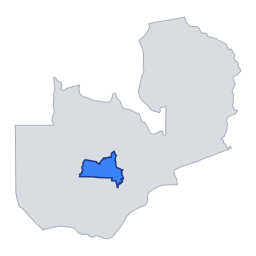 Mumbwa, Central, Zambia (highlighted)
{"feature_id": "96606910B37920738728221", "entity_name": "Mumbwa", "entity_type": "district", "adm_level": 2, "iso_a3": "ZMB", "parent_name": "Zambia", "parent_adm1": "Central", "projection": "natural_earth1", "projection_center": [26.865, -14.958], "detail": "fine", "context": "in_parent", "style": "filled", "palette": "blue", "viewbox_px": 256, "rotation_deg": 0, "n_neighbors": 0, "source": "geoboundaries", "source_scale": "gbopen_adm2", "svg_char_len": 7181}
<svg xmlns="http://www.w3.org/2000/svg" viewBox="0 0 256 256"><path d="M177.2,184.8L164.4,184.8L159.7,186.0L155.9,187.8L151.3,190.6L148.7,192.5L148.0,193.6L147.6,196.0L147.6,199.7L147.1,202.3L145.7,204.8L138.8,207.7L134.3,210.1L129.9,213.0L126.5,216.7L124.2,221.2L120.4,226.9L112.4,236.9L107.8,238.8L103.9,238.4L99.3,236.3L95.6,235.9L92.8,237.2L90.3,236.8L88.0,234.7L86.0,233.9L84.4,234.5L82.4,234.4L78.7,233.2L75.5,229.6L73.8,228.1L72.5,227.6L68.7,227.0L59.9,226.2L50.8,227.9L42.8,229.8L34.6,221.8L26.7,213.3L25.1,211.2L22.1,208.3L20.0,206.9L19.1,206.2L17.0,198.7L15.8,191.8L15.4,125.3L51.3,125.3L53.6,125.0L53.7,124.3L52.0,120.7L52.1,119.5L52.5,117.1L54.1,112.3L54.2,110.7L53.4,105.4L53.5,102.5L53.9,96.6L53.6,94.6L54.5,91.9L54.7,90.2L55.1,89.4L54.7,87.4L53.9,80.3L53.5,77.4L55.7,77.8L56.4,79.3L56.8,80.9L57.8,81.0L60.3,81.9L61.2,83.2L61.8,86.0L61.5,87.5L60.6,88.6L61.5,89.7L63.2,90.3L64.2,90.1L67.1,88.2L69.7,87.5L71.1,87.0L77.0,85.7L78.2,85.1L79.0,85.1L79.6,85.6L79.1,87.6L78.9,89.4L79.7,92.7L80.2,94.3L81.4,95.4L82.3,96.0L83.3,97.2L85.4,97.0L90.0,98.7L91.3,99.5L93.3,100.3L94.6,100.6L99.3,101.2L104.3,102.1L106.8,102.2L108.6,102.0L109.9,101.5L110.7,101.0L111.1,100.5L112.9,94.1L113.9,93.6L115.1,93.3L115.8,93.9L116.6,97.9L120.2,101.5L121.4,104.6L122.3,107.2L123.1,107.9L124.4,108.8L126.6,109.1L128.6,109.2L138.2,113.6L139.3,114.4L140.4,116.8L141.1,119.5L141.9,121.6L143.1,122.0L144.2,122.1L145.3,123.6L146.2,124.9L149.0,130.1L149.4,132.2L150.8,133.6L152.7,134.2L154.4,134.2L155.4,133.6L157.9,132.5L159.8,131.3L161.2,130.9L162.0,131.1L162.7,132.0L163.1,134.6L164.4,135.5L165.4,135.1L165.8,134.1L165.8,133.6L165.9,106.3L165.0,106.5L163.9,107.2L161.4,107.3L160.4,107.9L160.1,108.8L160.2,109.9L160.3,111.5L159.9,112.2L158.8,112.5L157.2,111.9L154.3,111.1L151.8,110.6L150.1,108.6L147.7,105.5L146.1,103.9L142.4,100.7L141.8,100.1L140.6,98.5L139.6,96.0L138.7,93.0L138.2,91.1L139.1,88.2L141.3,78.8L141.8,75.8L143.7,72.8L143.8,70.2L143.1,66.7L143.3,64.8L143.5,54.0L143.0,50.6L141.8,46.8L139.1,41.5L139.1,40.4L143.3,36.9L144.5,35.7L146.7,32.9L148.2,30.5L149.1,28.6L149.5,26.1L148.8,23.8L150.2,23.3L184.6,17.2L185.1,18.8L186.1,21.5L187.3,23.5L188.8,25.2L190.0,26.3L190.9,26.6L196.2,26.5L198.1,27.5L199.7,28.9L200.1,31.0L201.2,32.2L202.4,33.3L202.9,33.4L203.8,33.1L205.2,33.1L206.5,33.6L207.1,34.0L207.2,35.8L207.6,36.5L209.4,36.8L211.2,37.0L213.0,38.1L214.9,38.4L217.1,38.8L218.1,40.1L220.4,41.4L223.3,42.6L226.4,44.5L226.5,45.1L227.0,46.2L227.6,47.0L227.6,48.2L227.9,49.3L228.7,49.6L229.4,49.7L230.0,48.9L230.8,48.9L231.8,49.4L232.1,50.7L232.8,52.4L234.0,53.6L234.7,54.7L234.4,56.8L233.9,58.7L235.5,60.5L237.6,62.3L238.1,63.1L238.3,65.7L238.6,66.6L240.0,68.8L240.6,70.2L240.6,71.1L236.8,75.4L234.5,76.1L233.5,77.0L232.9,77.9L234.3,82.2L235.1,83.8L234.5,85.9L232.9,89.4L232.3,89.7L232.1,92.3L232.6,93.3L233.3,94.0L233.6,95.8L233.5,100.3L232.5,105.3L234.2,109.7L234.8,110.2L237.1,110.2L237.5,110.6L236.9,111.8L235.3,113.8L232.3,115.3L228.0,116.9L227.1,118.5L226.5,120.9L227.0,122.2L227.6,123.0L227.4,125.0L227.0,127.2L227.1,128.8L226.9,130.3L226.3,131.1L225.6,133.3L224.6,135.5L223.9,136.6L222.8,137.6L221.1,138.5L221.2,139.0L223.1,140.0L223.6,140.8L223.7,141.2L222.9,142.4L223.8,143.1L224.9,143.7L225.9,145.2L227.0,148.0L227.2,148.3L227.6,148.3L228.2,148.0L229.4,146.8L230.3,146.4L231.3,148.1L213.4,155.0L209.2,156.5L202.9,158.9L200.9,159.8L199.2,160.8L182.6,166.2L180.0,167.3L174.1,170.1L173.9,170.5L173.9,171.8L174.5,174.4L175.5,176.8L176.3,178.2L176.9,181.7L177.2,184.8Z" fill="#d9dde1" stroke="#a8b0b8" stroke-width="1"/><path d="M115.0,160.7L115.7,156.2L115.8,156.2L116.0,156.0L116.0,155.7L116.3,155.4L115.8,154.9L115.7,154.8L115.4,154.6L115.3,154.3L115.2,153.9L115.2,153.7L114.9,153.2L114.7,153.1L114.6,152.8L114.5,152.6L114.4,152.5L114.4,152.3L114.3,152.2L114.2,151.9L114.1,151.7L114.1,151.4L111.4,153.3L111.4,157.3L111.2,157.2L110.9,157.2L110.6,157.2L110.5,157.3L110.3,157.3L110.1,157.3L109.9,157.2L109.7,157.2L109.4,157.1L109.2,157.3L108.8,157.3L108.7,157.3L108.4,157.2L108.2,157.4L108.1,157.5L107.8,157.5L107.7,157.6L107.4,157.6L107.3,157.9L107.1,158.1L106.8,158.0L106.6,158.0L106.3,158.2L106.2,158.3L106.1,158.2L106.0,157.9L105.7,157.9L105.3,157.9L105.2,157.9L104.9,158.0L104.7,158.4L104.7,158.5L104.6,158.4L104.4,158.2L104.2,158.1L103.9,158.0L103.7,158.2L103.5,158.3L103.4,158.3L103.3,158.6L103.2,158.6L102.9,158.7L102.9,158.8L102.8,159.0L102.7,159.1L102.7,159.3L102.7,159.5L102.8,159.6L102.6,159.9L102.5,160.0L102.2,160.0L101.8,160.2L101.6,160.3L101.5,160.5L101.3,160.5L101.2,160.7L101.2,160.8L101.0,161.0L100.9,161.1L100.9,161.3L100.8,161.5L100.7,161.6L100.6,161.9L100.5,162.1L100.4,162.2L100.3,162.3L100.1,162.4L100.0,162.5L100.0,162.9L100.0,163.1L100.2,163.3L100.2,163.6L99.9,163.8L99.7,163.9L99.4,163.9L99.3,164.2L99.2,164.3L99.1,164.2L98.9,164.1L98.8,163.9L98.8,163.6L98.7,163.5L98.5,163.4L98.3,163.4L98.2,163.3L98.1,163.2L97.8,163.2L97.7,163.2L97.5,162.9L97.3,162.9L97.1,162.7L96.8,162.7L96.5,162.6L96.4,162.6L96.3,162.4L96.3,162.2L96.4,161.9L96.5,161.8L96.4,161.7L87.5,160.2L85.1,159.8L84.9,160.0L84.7,160.6L84.5,160.8L84.4,160.9L84.2,160.8L84.1,161.0L83.9,161.2L83.9,161.3L83.9,161.5L83.7,161.7L83.7,161.8L83.6,162.0L83.4,162.2L83.2,162.9L83.0,163.1L82.8,163.4L82.8,163.5L83.0,163.8L83.2,164.1L83.1,164.4L83.1,164.6L83.1,165.1L83.1,165.3L83.0,165.6L82.8,165.7L82.7,165.7L82.6,165.8L82.4,166.0L82.2,166.4L82.3,166.6L82.2,166.8L82.2,167.0L81.9,167.4L81.9,167.7L81.9,167.8L81.9,168.1L82.1,168.4L82.3,168.9L82.5,169.1L82.6,169.4L82.5,169.5L82.6,169.8L82.5,170.1L82.5,170.3L82.6,170.6L82.6,171.1L82.3,171.5L82.2,171.6L82.1,171.9L81.9,172.0L81.7,172.1L81.8,172.4L81.8,173.1L81.7,173.4L81.6,173.5L81.2,173.4L80.3,173.9L80.1,174.0L79.8,174.3L79.8,174.5L79.7,174.6L79.7,174.9L79.9,175.1L80.0,175.2L80.1,175.6L80.0,176.2L79.7,176.6L79.9,176.7L83.2,176.7L85.3,176.8L88.1,176.8L92.9,176.8L99.5,177.6L100.3,177.6L107.1,177.8L108.7,177.7L110.9,178.1L112.2,178.0L111.6,180.7L115.8,180.9L117.3,186.6L117.4,186.8L117.5,186.7L117.4,186.8L117.5,186.8L117.4,186.9L117.4,187.0L117.5,187.0L117.6,186.9L117.6,187.0L117.8,187.2L117.8,186.8L117.8,185.0L117.9,184.9L118.1,184.7L118.4,184.9L118.5,184.7L118.6,184.4L118.8,184.0L119.1,184.2L119.1,184.3L119.2,184.2L119.3,184.1L119.3,183.8L119.3,183.6L119.5,183.5L119.6,183.4L119.6,183.2L119.6,182.9L119.8,182.8L119.9,183.2L119.9,183.3L120.0,183.3L120.3,183.2L120.4,183.4L120.5,183.5L120.7,183.2L120.9,183.1L120.7,183.0L120.7,182.9L120.8,182.8L121.0,182.9L121.3,182.9L121.4,182.7L121.5,182.5L121.6,182.4L121.9,182.3L121.9,182.2L121.9,181.9L121.7,181.8L121.7,181.7L121.8,181.6L122.0,181.7L122.1,181.4L122.3,181.3L122.3,181.1L122.5,181.0L121.0,179.6L120.9,179.0L121.0,178.9L121.3,178.8L121.5,179.0L122.5,178.9L122.9,178.9L123.3,178.9L123.4,178.3L123.4,178.2L123.2,177.6L122.9,177.2L122.8,176.9L122.7,176.5L122.6,176.4L122.6,176.2L122.5,175.9L122.1,174.9L121.9,174.6L121.8,174.4L121.7,174.1L121.8,173.8L121.7,173.7L121.7,173.2L121.8,173.2L121.9,172.9L121.8,172.7L121.8,172.4L121.7,172.2L121.6,171.9L121.5,171.7L121.4,171.6L121.5,171.5L121.3,171.4L122.7,170.0L122.5,169.9L122.3,169.8L120.3,169.0L120.2,169.0L120.0,168.9L119.9,168.8L116.9,167.6L116.3,167.0L115.9,165.9L115.7,161.3L115.0,160.7Z" fill="#3b82f6" stroke="#1e3a8a" stroke-width="1.5"/></svg>